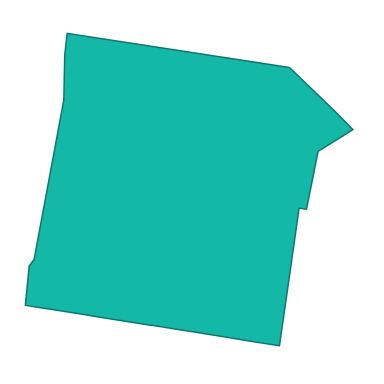 Mercer, Pennsylvania, United States of America, rotated 279°
{"feature_id": "52423323B88020192595097", "entity_name": "Mercer", "entity_type": "district", "adm_level": 2, "iso_a3": "USA", "parent_name": "United States of America", "parent_adm1": "Pennsylvania", "projection": "albers", "projection_center": [-80.421, 41.281], "detail": "fine", "context": "isolated", "style": "filled", "palette": "teal", "viewbox_px": 384, "rotation_deg": 279, "n_neighbors": 0, "source": "geoboundaries", "source_scale": "gbopen_adm2", "svg_char_len": 657}
<svg xmlns="http://www.w3.org/2000/svg" viewBox="0 0 384 384"><g transform="rotate(279 192 192)"><path d="M330.2,268.8L329.1,43.9L307.1,44.9L262.7,51.0L188.6,49.0L100.7,46.6L93.4,42.8L54.0,45.1L54.0,63.8L54.1,79.2L54.1,83.0L54.1,91.1L54.1,96.4L53.9,122.9L53.9,127.8L53.9,135.6L53.9,149.9L53.9,150.3L53.9,150.7L53.9,151.1L53.9,152.4L53.9,152.5L53.9,153.3L53.9,155.0L53.9,170.0L54.1,174.8L54.0,201.1L54.0,203.4L54.1,214.9L54.0,226.4L54.0,235.7L54.0,242.9L53.8,269.8L53.8,287.9L53.8,296.5L53.9,302.4L125.2,301.4L125.5,301.4L192.8,300.3L192.9,307.8L251.9,310.2L278.8,341.2L294.5,319.9L330.2,268.8Z" fill="#14b8a6" stroke="#0f766e" stroke-width="1.5"/></g></svg>